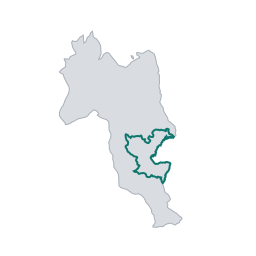 North Korea, with Ryanggang highlighted, rotated 115°
{"feature_id": "PRK-3314", "entity_name": "Ryanggang", "entity_type": "Province", "adm_level": 1, "iso_a3": "PRK", "parent_name": "North Korea", "parent_adm1": "", "projection": "albers", "projection_center": [127.851, 41.225], "detail": "fine", "context": "in_parent", "style": "outline", "palette": "teal", "viewbox_px": 256, "rotation_deg": 115, "n_neighbors": 0, "source": "natural_earth", "source_scale": "10m", "svg_char_len": 7465}
<svg xmlns="http://www.w3.org/2000/svg" viewBox="0 0 256 256"><g transform="rotate(115 128 128)"><path d="M151.3,186.2L150.4,186.7L148.9,189.5L147.4,193.1L146.0,195.0L144.4,196.1L142.7,196.7L139.2,197.0L136.0,196.7L135.0,196.3L130.7,196.6L129.5,196.8L123.3,196.5L120.0,196.8L117.9,197.4L115.8,198.8L114.0,201.0L112.4,203.3L109.1,207.4L106.7,209.4L106.7,212.4L106.6,213.3L105.8,213.9L105.5,213.6L104.2,213.4L98.9,210.6L94.5,212.2L93.4,214.3L92.2,215.0L90.6,210.7L87.7,210.5L83.3,206.7L81.3,207.4L80.8,208.9L78.2,212.3L74.7,215.0L73.6,215.3L72.3,215.1L72.5,214.3L71.2,211.1L65.7,209.7L63.8,208.3L62.8,207.9L68.3,204.6L69.7,204.0L68.7,203.2L67.5,202.7L63.1,203.1L60.9,201.9L57.5,202.1L55.3,201.1L60.2,197.9L60.5,195.8L60.5,194.3L63.0,189.8L65.5,187.3L71.9,183.9L74.7,183.5L76.7,183.7L78.3,183.4L76.6,182.0L75.0,181.3L71.7,181.3L68.4,179.2L68.2,177.0L75.1,163.4L75.2,162.1L74.3,158.7L74.1,155.4L69.5,153.4L67.5,153.1L61.7,149.2L59.4,147.3L58.4,147.8L58.1,150.8L57.3,151.4L55.7,151.9L55.0,148.5L53.9,146.0L50.1,143.4L48.7,142.0L49.5,139.0L49.2,138.7L49.9,135.5L52.4,133.0L58.4,128.6L60.0,126.6L63.1,124.1L64.4,124.2L65.8,124.1L66.2,123.0L66.6,122.1L67.8,121.4L70.7,120.1L74.0,118.4L76.6,117.9L79.8,115.3L81.1,114.1L82.4,114.1L82.8,113.6L83.5,112.2L84.6,111.3L86.0,111.1L88.2,110.5L91.1,110.2L93.1,107.9L93.8,106.3L95.1,104.5L97.9,102.6L99.8,99.7L101.9,96.6L102.9,95.6L103.9,95.4L104.5,94.2L105.2,90.8L106.2,87.6L106.8,86.0L109.2,84.4L109.8,83.6L110.3,83.3L111.5,83.5L112.9,82.6L114.3,81.5L115.6,81.9L116.9,82.8L118.2,84.6L118.8,86.1L119.9,87.3L120.0,89.1L121.1,89.8L123.4,90.2L127.1,91.4L129.5,91.5L130.8,92.4L133.7,92.9L139.4,92.2L141.8,92.6L142.8,93.7L144.2,94.6L145.2,94.6L146.4,93.1L147.8,90.7L148.7,88.8L148.6,87.3L147.8,85.8L145.9,84.3L144.7,82.0L143.5,79.6L142.8,78.9L142.2,77.7L142.1,76.0L142.5,74.8L145.4,74.0L149.0,73.5L152.0,74.0L156.9,73.6L159.9,72.9L162.1,73.0L164.2,72.9L165.1,71.9L167.9,69.4L169.3,68.5L170.8,66.9L171.0,65.1L171.3,63.7L172.1,62.2L173.6,60.3L174.8,59.5L176.2,59.6L177.8,60.4L178.7,61.2L179.8,60.9L180.7,59.5L181.2,59.2L182.9,59.0L183.5,58.1L184.0,53.8L184.6,50.5L184.7,48.1L186.1,44.2L186.5,41.8L187.4,40.7L188.5,40.8L189.3,41.4L190.5,41.8L191.9,41.4L192.9,42.0L193.6,43.2L195.8,44.0L196.0,44.6L196.1,48.9L197.3,50.8L199.0,52.6L201.2,54.1L202.4,54.5L203.1,55.6L203.9,57.6L205.5,59.5L206.3,60.9L206.6,62.4L207.3,63.2L206.1,64.2L204.4,63.6L201.7,63.4L198.2,66.4L196.3,67.5L195.0,70.4L192.3,72.1L190.9,74.0L189.0,77.2L187.8,80.2L184.9,83.4L183.3,87.3L183.2,90.6L185.2,94.0L185.4,96.9L184.2,102.9L185.1,109.2L184.3,111.7L175.2,116.3L172.8,118.5L169.5,124.2L165.4,126.3L162.8,128.6L159.3,130.0L157.0,134.0L154.5,136.3L151.5,137.7L149.3,139.4L144.2,139.6L140.7,140.8L138.2,144.1L130.6,147.9L129.5,150.7L130.0,155.1L130.0,158.5L129.3,161.3L127.7,160.5L126.8,161.4L125.8,164.0L126.0,166.9L128.7,167.8L130.8,169.0L133.8,169.6L136.1,171.0L140.9,177.2L144.8,179.9L145.8,180.9L148.1,182.2L150.2,184.3L151.3,186.2ZM62.4,154.8L61.0,155.7L60.9,154.0L62.1,152.6L63.3,152.4L62.4,154.8Z" fill="#d9dde1" stroke="#a8b0b8" stroke-width="1"/><path d="M159.2,72.7L161.5,72.8L163.2,73.2L163.1,73.5L162.8,74.2L162.4,74.7L161.3,75.4L160.9,75.9L160.6,76.6L160.4,76.9L160.1,77.1L159.8,77.1L159.2,76.8L158.8,76.9L158.9,77.7L159.0,78.0L159.3,78.8L159.4,79.1L159.4,79.4L159.4,80.0L159.5,80.3L159.6,80.5L159.8,80.6L160.4,80.4L160.6,80.4L160.8,80.6L160.8,81.0L160.7,81.9L160.7,82.3L160.7,83.5L160.7,83.9L160.9,84.3L161.3,84.9L161.3,85.3L161.2,85.7L160.9,86.1L160.7,86.4L160.8,86.8L161.1,87.0L162.4,87.1L163.1,87.5L163.7,88.3L164.1,89.3L164.2,90.2L163.7,91.1L163.0,91.7L162.3,92.4L162.1,93.4L162.2,94.6L162.6,95.6L163.7,97.4L164.1,97.7L164.4,98.0L164.7,98.4L164.9,98.9L164.8,99.4L164.2,100.3L164.1,100.8L164.2,101.8L164.6,102.6L164.9,103.5L164.6,104.4L163.8,103.6L162.9,103.0L160.3,101.9L159.9,101.8L159.5,101.8L158.9,102.0L158.6,102.0L157.6,101.7L157.2,101.7L157.1,102.1L157.2,102.5L157.1,103.1L157.1,103.7L157.0,104.1L156.7,104.4L155.6,104.8L155.2,105.1L154.9,105.5L154.5,106.4L154.2,106.8L153.5,107.2L152.6,107.3L151.7,107.2L150.9,107.2L150.5,107.7L150.6,108.6L150.9,109.6L151.1,110.5L151.0,111.1L150.7,112.2L150.6,112.8L150.6,114.0L150.5,114.5L150.4,115.1L150.2,115.5L149.8,116.2L149.7,116.6L149.6,117.9L149.4,118.2L149.1,118.7L148.0,119.7L147.6,120.1L146.6,121.7L145.9,122.3L145.2,122.4L144.5,122.1L143.8,121.5L143.5,121.2L143.2,121.1L142.8,121.2L140.8,121.9L140.5,122.2L140.2,122.5L140.0,123.0L139.9,123.5L139.7,124.0L139.4,124.4L137.1,126.3L135.4,127.2L135.0,127.3L134.7,127.3L134.5,126.9L134.5,126.3L134.5,125.4L134.6,125.0L134.8,124.6L135.3,124.1L135.4,123.8L135.5,123.3L135.4,122.9L135.3,122.5L135.3,122.2L135.6,121.8L135.8,121.4L135.4,121.3L134.6,121.3L134.3,121.2L134.1,121.1L133.8,120.9L133.7,120.6L133.5,120.0L133.4,118.8L133.1,118.3L132.8,118.1L132.5,117.9L132.3,117.7L132.0,117.3L131.0,115.5L130.9,115.1L130.7,114.2L130.6,113.8L130.2,113.5L129.8,113.4L129.4,113.2L129.4,112.8L129.6,112.4L129.9,112.1L131.5,110.8L131.9,110.1L131.8,109.2L131.2,108.2L131.1,107.8L131.5,107.7L132.2,107.6L132.6,107.5L132.9,107.2L133.0,106.8L133.2,106.4L133.3,105.1L133.4,104.0L133.0,103.2L132.1,102.8L130.4,102.4L129.8,102.7L129.4,103.7L129.3,104.3L129.1,104.9L128.8,105.3L128.4,105.4L127.3,105.4L126.3,105.1L126.3,104.4L126.3,103.5L126.2,102.7L125.9,102.0L125.4,101.7L124.7,101.6L124.0,101.9L123.4,102.3L123.0,102.8L122.8,103.3L122.5,103.7L122.0,104.0L121.6,104.1L120.6,103.8L119.9,103.7L119.6,103.6L118.1,102.6L117.7,102.2L117.4,101.5L117.2,100.6L117.1,100.2L116.9,99.9L116.6,99.5L116.6,99.3L116.7,99.1L116.7,98.8L116.6,98.2L115.7,97.5L115.5,96.9L115.3,95.7L115.2,95.2L115.0,94.6L114.6,93.9L114.5,93.7L114.6,93.4L114.9,93.1L115.0,92.8L114.9,92.5L114.6,92.4L114.4,92.5L114.1,92.5L113.2,92.9L112.8,92.9L112.3,92.5L112.2,92.2L112.0,91.7L112.0,91.1L112.0,90.7L112.3,90.4L112.6,90.3L113.3,90.4L113.8,90.3L114.0,90.0L114.2,89.7L114.5,89.2L114.8,88.9L115.3,88.7L115.7,88.4L115.9,87.9L115.9,87.6L115.8,87.4L115.7,86.9L115.6,86.2L115.6,85.4L115.8,84.4L116.2,83.5L116.6,82.7L117.5,83.2L117.8,83.1L117.9,83.6L118.4,84.4L118.6,84.9L118.2,84.8L117.9,84.9L117.8,85.3L117.9,85.8L118.1,86.1L118.5,86.3L119.3,86.7L119.2,86.8L119.1,87.1L119.5,87.2L120.8,87.7L121.1,88.0L120.6,88.3L120.0,88.6L119.6,89.0L119.2,89.6L119.4,89.6L119.6,89.7L119.8,89.8L120.0,90.1L120.5,89.9L120.9,90.1L121.0,90.2L121.1,90.3L121.3,90.2L121.6,89.5L121.8,89.4L122.2,89.5L122.7,90.0L123.1,90.0L123.3,90.0L123.5,89.9L123.8,90.0L123.8,90.3L123.7,90.5L123.3,90.7L123.7,90.9L124.2,91.1L125.2,91.2L125.4,91.1L125.8,91.0L126.0,90.9L126.3,91.0L126.5,91.2L126.6,91.3L127.2,91.5L127.6,91.3L128.0,91.1L128.4,91.0L128.8,91.1L129.3,91.3L129.7,91.4L130.1,91.2L130.2,92.0L130.5,92.3L131.5,92.6L132.3,93.2L132.5,93.3L132.7,93.1L133.0,92.7L133.8,93.0L136.1,93.0L136.8,92.8L137.2,93.1L137.7,93.2L138.1,93.0L138.3,92.5L138.5,92.2L139.1,92.1L140.1,91.9L140.8,92.6L141.1,92.5L141.3,92.2L141.5,91.9L141.8,92.3L141.8,92.8L141.8,93.4L141.8,93.8L142.1,93.9L142.3,93.8L142.7,93.6L142.6,94.3L143.1,94.6L143.7,94.6L144.0,94.3L144.4,94.5L144.1,94.9L145.1,95.0L146.1,94.1L148.6,89.4L149.0,88.1L148.5,87.4L148.4,86.8L148.1,86.2L147.7,85.6L147.0,85.3L146.1,84.5L145.4,83.9L145.3,83.2L145.0,82.5L143.8,80.2L143.7,79.6L142.9,79.3L142.6,78.9L142.4,78.3L141.9,75.5L142.0,75.0L142.3,74.6L142.8,74.4L143.9,74.4L147.9,73.2L150.4,73.4L151.0,73.6L151.5,74.0L152.6,74.0L153.5,74.4L153.8,74.4L154.8,74.0L155.1,74.1L155.3,74.3L155.6,74.1L155.9,73.6L156.1,73.4L156.4,73.3L158.2,73.4L158.9,73.3L159.2,72.7Z" fill="none" stroke="#0f766e" stroke-width="2"/></g></svg>